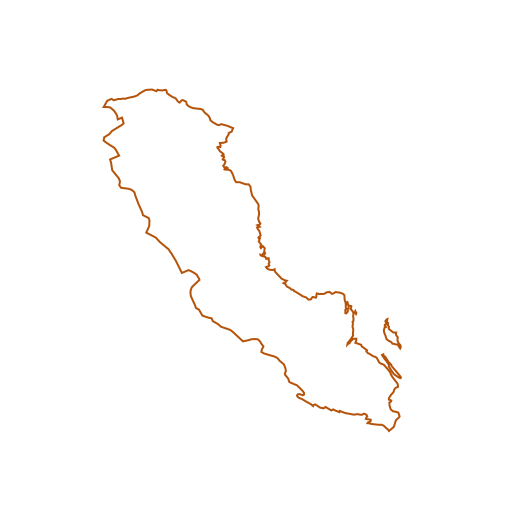 the border of Sweden, rotated 305°
{"feature_id": "SWE", "entity_name": "Sweden", "entity_type": "country or territory", "adm_level": 0, "iso_a3": "SWE", "parent_name": "Europe", "parent_adm1": "", "projection": "mercator", "projection_center": [17.555, 62.192], "detail": "fine", "context": "isolated", "style": "outline", "palette": "amber", "viewbox_px": 512, "rotation_deg": 305, "n_neighbors": 0, "source": "natural_earth", "source_scale": "50m", "svg_char_len": 6123}
<svg xmlns="http://www.w3.org/2000/svg" viewBox="0 0 512 512"><g transform="rotate(305 256 256)"><path d="M167.8,370.8L168.9,374.3L170.0,374.8L171.4,373.9L172.3,371.3L173.6,363.9L172.0,356.5L171.9,355.5L174.1,352.6L175.4,347.9L176.2,347.1L178.8,346.5L180.5,345.0L183.2,341.1L183.6,337.3L183.7,335.4L184.2,334.0L184.7,331.3L184.2,328.6L182.7,324.4L180.8,318.6L180.5,315.4L183.0,314.3L186.0,314.1L186.3,313.7L187.3,310.4L188.1,309.0L188.6,307.0L188.8,305.2L187.1,302.4L184.8,299.6L183.3,298.7L178.6,294.3L180.5,280.9L180.7,277.3L178.0,268.0L178.4,264.0L177.9,257.9L179.5,255.4L178.3,252.7L176.4,246.3L179.4,240.0L178.9,236.8L180.6,234.4L185.7,225.8L187.6,223.9L190.3,222.2L193.3,221.4L194.7,221.5L204.0,223.4L204.6,222.6L206.6,218.3L206.7,215.5L206.3,211.3L205.7,208.8L199.6,205.0L206.2,192.9L209.5,185.4L210.6,182.3L211.3,181.0L212.3,169.3L213.0,166.0L213.5,164.3L213.5,162.5L212.2,152.7L219.2,151.4L223.9,148.4L225.5,146.5L224.6,140.0L226.5,137.8L231.1,130.1L236.1,122.7L238.4,119.9L238.9,116.2L237.8,112.7L234.5,106.4L235.5,103.4L239.2,101.7L241.0,98.9L243.8,89.0L249.2,83.9L251.4,81.1L259.7,86.3L262.7,80.0L263.4,77.4L263.1,73.0L263.0,67.3L263.2,64.9L266.2,63.6L271.8,66.0L275.7,66.3L287.3,71.3L288.7,71.5L292.5,66.9L288.6,64.4L291.2,61.9L292.5,59.3L293.6,56.2L294.0,52.5L293.8,50.5L290.7,45.8L297.8,45.1L301.7,47.4L301.9,47.9L302.0,50.2L305.8,53.3L306.8,54.9L309.1,57.3L309.7,58.7L311.8,60.2L317.2,65.2L320.0,66.9L322.4,67.4L328.3,70.2L329.3,71.1L332.7,75.3L333.9,79.9L335.8,80.1L336.3,81.7L338.0,84.4L340.3,86.7L340.3,87.5L338.4,89.7L338.2,92.6L338.4,96.4L339.0,99.4L338.9,100.3L337.9,103.0L337.7,105.1L337.9,105.5L340.7,105.8L341.7,106.5L342.3,109.9L342.1,110.6L340.6,112.1L340.2,113.4L340.1,115.2L340.4,117.2L340.9,119.4L344.6,126.2L345.3,128.6L344.6,129.9L343.9,132.3L343.8,135.1L343.5,137.0L342.2,139.5L341.2,140.4L340.9,141.7L340.8,143.9L341.2,148.4L341.5,149.7L341.9,150.5L344.1,152.0L346.1,157.5L347.6,163.9L343.9,164.7L341.1,163.1L339.7,163.9L337.2,163.9L334.5,164.5L333.5,165.8L332.8,166.3L330.2,164.5L327.8,161.6L326.0,163.8L324.8,164.3L323.8,162.3L322.9,161.9L322.4,162.6L322.0,164.4L321.3,165.8L321.1,166.6L321.0,170.2L320.8,171.0L318.5,170.5L318.6,171.5L319.1,171.9L319.3,172.5L318.5,173.3L316.1,173.2L315.9,174.0L316.6,175.3L316.0,176.5L315.6,176.9L312.8,177.6L311.1,177.4L310.7,178.2L310.5,179.1L310.8,180.0L311.6,180.5L311.8,181.1L311.8,182.4L311.2,182.6L309.5,180.4L308.9,180.5L309.3,181.7L310.3,182.9L310.9,184.2L311.3,185.8L311.3,186.9L309.2,190.7L305.9,195.2L305.1,197.5L307.1,200.3L308.7,206.2L310.5,208.9L309.7,211.6L306.8,214.2L303.4,218.1L299.8,228.1L298.6,229.4L295.5,231.1L294.3,232.7L292.0,234.6L287.9,236.3L286.0,238.6L285.2,240.9L284.2,241.1L282.1,239.5L282.0,242.2L280.0,240.5L279.1,242.0L278.3,244.6L275.5,248.0L272.4,247.4L272.1,248.0L272.9,248.5L273.0,249.0L271.6,249.3L270.3,249.9L269.5,249.9L268.4,253.5L265.8,254.4L265.3,255.6L268.0,255.8L267.4,258.7L264.4,260.1L263.9,261.2L263.3,262.0L262.0,261.9L262.2,260.5L260.2,260.6L259.6,258.9L259.2,259.4L259.4,260.7L260.6,264.1L260.1,265.3L259.5,265.9L259.9,266.5L261.0,267.0L261.4,267.7L260.2,268.4L258.6,270.7L256.9,270.8L255.9,272.3L254.9,272.3L254.0,271.4L252.6,270.6L252.2,272.0L252.1,273.1L252.9,275.8L254.4,278.0L255.8,278.9L254.8,279.6L254.0,280.9L252.1,290.0L252.7,293.7L253.4,295.4L251.5,295.2L249.6,294.2L249.9,296.2L248.7,298.6L249.1,302.1L248.8,304.3L249.3,305.0L249.6,306.4L249.1,307.4L249.4,308.2L249.8,315.9L249.7,316.9L250.8,320.9L250.4,324.1L251.9,325.8L254.6,325.8L255.2,326.2L256.1,328.9L257.3,328.8L259.1,327.6L260.3,327.3L261.1,329.6L263.2,332.5L264.4,333.8L266.5,334.5L268.8,336.9L268.5,339.8L269.4,340.7L272.0,341.8L274.1,345.7L274.9,348.9L274.6,350.9L271.0,353.7L269.1,356.2L266.6,358.3L265.7,358.7L264.8,359.8L264.0,360.3L263.2,360.0L260.4,362.0L260.6,362.8L262.8,363.1L263.9,362.7L264.7,361.7L265.6,361.5L266.5,361.7L268.1,360.6L268.8,361.0L269.6,362.8L267.9,363.8L266.7,363.9L266.2,366.9L264.9,368.8L262.3,370.1L260.6,371.8L258.5,373.1L257.6,372.8L256.3,374.1L253.3,375.7L251.7,377.8L248.3,379.7L246.5,381.2L241.7,381.3L237.2,381.0L235.8,381.7L237.2,381.9L238.2,382.7L239.5,382.4L243.8,383.1L245.8,385.6L244.4,386.5L241.9,387.2L243.6,393.1L242.6,394.5L242.5,401.0L241.1,401.1L240.6,403.8L241.0,405.1L241.0,408.3L241.3,410.2L241.9,412.0L241.6,413.8L239.4,418.1L239.5,420.1L239.9,421.3L240.2,423.3L238.5,430.0L237.7,432.5L235.8,435.6L234.9,437.8L232.7,444.9L231.6,446.3L230.3,447.4L228.8,446.4L227.5,445.9L225.8,445.9L223.3,446.7L219.4,446.2L215.6,446.5L214.6,447.2L215.2,449.7L213.8,450.0L212.4,449.3L210.2,451.1L208.3,453.4L207.6,454.7L207.4,457.3L208.5,459.7L209.4,462.4L207.0,465.6L205.7,465.7L201.8,464.8L195.0,466.9L188.9,465.3L189.6,463.5L189.6,462.2L190.2,458.2L190.1,456.9L189.7,455.4L188.2,453.5L184.7,447.1L183.7,444.3L183.0,443.2L183.5,443.1L186.3,444.6L187.7,443.9L186.8,441.8L186.1,440.8L185.6,439.4L187.3,439.0L188.5,439.1L189.3,437.5L188.8,434.9L186.5,433.7L184.5,429.6L182.3,427.4L178.5,419.1L177.1,413.4L175.9,413.9L174.8,409.0L174.7,407.3L172.7,406.3L172.2,399.5L170.0,398.8L168.6,395.6L168.4,389.7L167.0,388.6L165.8,388.9L165.9,387.5L166.1,386.1L165.5,380.5L165.2,375.5L164.7,373.9L164.4,372.1L164.7,370.6L165.1,369.7L166.5,369.5L167.8,370.8ZM276.1,403.1L274.9,403.8L274.2,405.6L272.4,406.6L272.1,412.4L273.7,414.7L272.8,415.0L272.0,415.6L271.4,416.6L270.8,418.7L268.5,419.9L267.6,420.8L266.4,422.7L265.7,425.6L264.4,426.8L263.0,427.1L263.8,424.8L264.9,422.9L263.9,421.6L263.2,419.5L262.4,418.0L263.1,416.2L262.7,413.3L262.8,410.5L264.9,407.9L266.6,405.2L268.5,403.3L271.1,402.4L272.3,403.2L272.8,401.4L273.6,401.0L274.4,401.5L276.1,403.1ZM240.2,443.2L239.5,444.5L238.8,444.4L238.4,442.7L238.3,438.3L238.5,436.1L241.6,428.2L243.0,427.5L244.9,422.7L245.4,420.5L246.3,418.5L246.8,416.8L247.2,416.0L248.5,416.7L247.5,417.7L247.6,419.6L245.2,425.4L244.5,429.1L243.7,430.0L240.2,443.2ZM277.2,400.9L276.9,402.5L276.2,402.4L275.6,401.2L276.9,399.3L279.0,399.4L279.7,399.8L277.2,400.9ZM269.3,358.9L268.9,359.8L268.6,358.7L269.0,357.3L269.7,356.7L270.7,357.1L270.7,357.4L269.3,358.9ZM266.8,371.0L265.8,371.2L266.5,369.4L267.8,369.0L266.8,371.0Z" fill="none" stroke="#b45309" stroke-width="2"/></g></svg>